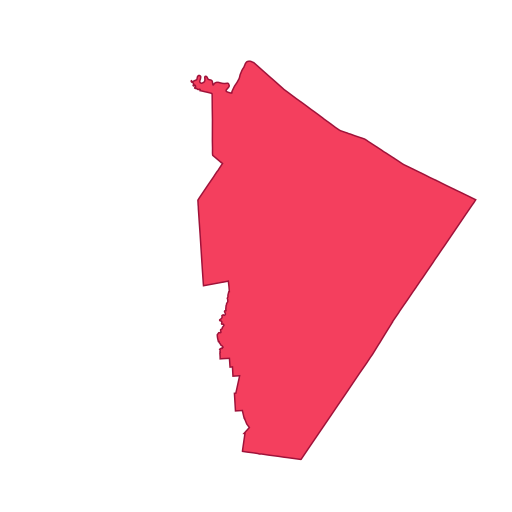 Ongkharak, Nakhon Nayok, Thailand (Mercator projection), rotated 214°
{"feature_id": "78962969B80179535824157", "entity_name": "Ongkharak", "entity_type": "district", "adm_level": 2, "iso_a3": "THA", "parent_name": "Thailand", "parent_adm1": "Nakhon Nayok", "projection": "mercator", "projection_center": [101.067, 14.102], "detail": "fine", "context": "isolated", "style": "filled", "palette": "rose", "viewbox_px": 512, "rotation_deg": 214, "n_neighbors": 0, "source": "geoboundaries", "source_scale": "gbopen_adm2", "svg_char_len": 5965}
<svg xmlns="http://www.w3.org/2000/svg" viewBox="0 0 512 512"><g transform="rotate(214 256 256)"><path d="M142.8,93.6L141.8,94.1L141.2,94.7L138.5,96.0L134.4,97.9L124.9,102.7L120.8,104.6L117.1,106.5L105.1,112.4L105.0,112.5L104.9,112.7L104.9,119.1L104.9,121.1L104.9,127.1L104.7,168.0L104.7,177.3L104.6,191.0L104.6,210.4L104.6,217.3L104.4,228.6L104.5,236.0L104.4,239.3L104.5,241.9L104.9,251.2L104.9,253.1L105.2,259.2L105.5,266.3L105.9,277.1L106.1,277.7L106.0,277.8L105.9,277.9L106.1,278.3L106.1,278.6L106.0,288.9L106.1,290.6L106.0,299.5L105.9,301.3L106.0,302.2L105.9,303.3L105.9,304.2L105.9,305.0L105.9,306.9L105.9,315.8L105.8,316.2L105.8,316.6L105.8,317.3L105.9,317.6L105.8,318.3L105.8,318.7L105.8,320.8L105.9,321.2L105.8,321.9L105.8,327.8L105.7,331.2L105.7,333.1L105.7,339.0L105.7,339.3L105.6,349.2L105.7,353.0L105.6,358.4L105.6,361.3L105.6,365.2L105.5,370.6L105.4,406.4L105.3,419.4L105.2,421.6L105.3,425.5L117.5,423.8L127.8,422.3L138.2,420.8L143.6,420.1L146.3,419.8L155.9,418.3L160.4,417.8L178.4,415.3L184.5,414.4L186.3,414.3L192.0,414.3L203.5,414.1L205.4,414.1L208.4,413.9L211.5,414.0L222.7,413.8L227.3,413.7L228.8,413.8L231.4,413.7L241.5,410.9L245.8,409.9L247.5,409.3L248.4,409.1L249.2,409.0L250.8,408.5L256.1,407.1L257.4,407.0L259.5,407.0L262.2,407.0L265.4,407.2L276.7,407.6L278.2,407.8L279.1,407.8L287.5,408.2L292.1,408.3L302.1,408.8L310.7,409.0L320.3,409.5L325.4,409.7L325.9,409.7L327.7,410.0L341.9,411.9L343.7,412.1L346.9,412.5L366.1,415.1L366.6,414.9L367.9,414.7L369.0,414.5L369.8,414.2L370.6,413.7L371.5,412.9L371.8,412.5L372.2,411.9L372.3,411.5L372.4,410.6L372.4,409.5L372.2,408.7L371.7,406.1L371.6,405.8L371.6,404.1L371.6,403.5L371.4,401.5L371.2,400.8L370.6,397.7L370.0,396.0L369.6,395.0L369.2,393.6L368.8,389.4L368.8,388.6L368.8,384.9L368.6,383.3L368.1,380.0L367.8,378.7L367.7,378.2L367.2,377.8L367.2,377.6L367.4,377.4L367.8,377.1L370.2,376.3L371.3,376.0L372.0,375.9L372.6,375.9L373.0,376.1L373.3,376.4L373.4,376.7L373.5,377.0L373.1,380.2L373.1,381.1L373.2,381.7L373.4,382.2L373.9,382.6L374.9,383.3L375.2,383.4L375.6,383.5L376.1,383.4L376.5,383.1L377.8,382.0L378.5,381.4L378.9,381.2L379.4,380.9L380.3,380.4L382.3,379.6L384.1,379.0L384.5,378.8L385.6,378.1L386.5,377.0L386.7,376.5L386.9,376.1L387.0,375.7L387.0,374.0L387.1,373.9L387.5,373.8L388.4,374.8L389.4,375.9L390.0,376.4L390.4,376.6L391.0,376.7L391.5,376.7L392.5,376.4L393.4,376.0L393.9,375.9L394.3,375.8L394.8,375.9L396.2,376.7L396.8,377.0L397.5,377.1L398.0,377.0L398.4,376.7L398.6,376.4L398.6,376.1L398.5,375.6L398.3,375.3L397.0,373.7L396.5,372.8L396.4,372.4L396.3,372.0L396.3,371.3L396.5,370.8L396.9,369.9L397.4,369.1L397.8,368.7L398.2,368.6L398.5,368.5L399.2,368.5L399.4,368.6L399.8,368.8L400.2,369.1L400.4,369.5L400.5,369.7L400.7,370.3L401.1,371.8L401.7,373.1L401.9,373.5L402.3,373.9L402.8,374.1L403.5,374.1L403.9,374.0L404.3,373.8L404.5,373.5L404.7,373.1L404.8,372.4L404.7,371.6L404.5,371.2L403.9,369.8L403.8,369.2L403.9,368.6L404.3,368.1L405.6,365.9L406.1,365.2L406.4,365.0L406.8,364.9L407.2,364.9L407.5,365.1L407.6,364.8L407.5,364.7L407.2,364.4L406.5,364.2L406.1,364.2L405.6,364.4L405.2,364.4L404.6,364.2L404.0,363.9L403.7,363.7L403.6,363.4L403.7,362.8L403.5,362.2L403.3,362.1L402.8,362.1L402.6,362.2L402.5,362.5L402.4,363.1L402.4,363.3L402.2,363.4L402.0,363.5L401.6,363.4L401.1,363.0L400.7,362.4L400.6,362.1L400.9,361.5L400.9,361.3L400.8,361.0L400.6,360.9L400.1,361.0L399.7,361.1L399.4,361.3L398.9,361.7L397.9,361.5L397.1,361.6L396.8,361.9L396.2,362.6L395.7,362.8L395.4,362.8L395.2,362.7L394.9,361.8L392.7,362.7L390.5,363.5L388.5,364.3L385.3,365.5L383.7,366.0L383.4,366.0L383.2,365.9L382.4,365.0L375.0,354.2L368.1,344.3L365.5,340.4L359.2,331.0L356.6,327.1L352.3,321.0L349.7,317.1L349.1,316.3L348.5,315.6L348.2,315.3L347.7,315.2L342.1,314.6L338.5,314.2L338.2,314.1L337.8,314.1L337.5,314.0L337.4,314.2L337.0,314.1L335.5,314.0L335.4,306.7L335.3,305.7L335.4,305.0L335.5,304.5L335.5,300.6L335.4,298.1L335.5,288.5L335.5,286.8L335.5,272.7L335.4,269.8L333.8,267.7L332.7,266.2L331.4,264.6L330.1,262.8L325.5,256.9L323.5,254.3L313.9,242.0L292.3,214.0L284.2,203.6L282.9,202.0L265.0,219.6L264.9,219.7L261.2,215.4L258.2,211.6L258.6,211.3L258.6,211.2L257.4,207.9L256.8,207.0L256.4,206.5L256.2,204.9L255.0,204.0L254.5,203.2L253.9,202.5L253.8,201.9L253.8,200.8L253.8,200.3L253.7,200.0L253.3,199.3L253.0,198.0L252.4,197.0L251.5,195.3L250.4,193.9L251.1,193.3L251.2,193.0L251.2,192.6L250.9,192.2L249.5,191.4L248.9,190.8L248.8,190.5L248.8,190.0L248.8,189.7L249.0,189.2L249.4,188.9L249.7,188.9L250.0,189.0L250.2,188.7L250.5,188.6L250.7,188.1L250.9,187.5L250.9,187.4L250.4,187.0L250.0,186.4L249.8,186.1L249.7,185.5L249.8,184.5L250.4,182.9L250.4,182.7L250.1,182.3L249.8,182.2L249.5,182.2L248.7,182.5L248.3,182.6L248.0,182.5L247.7,182.4L247.4,182.2L247.2,181.9L246.9,180.9L246.6,180.5L246.4,180.4L246.0,180.4L245.3,181.0L244.8,181.2L244.6,181.1L244.2,180.9L244.0,180.7L243.8,180.5L243.8,180.0L243.9,178.0L243.8,177.6L243.4,176.9L243.4,176.7L244.0,175.5L244.1,175.2L244.0,174.9L243.9,174.7L242.5,173.3L242.4,173.0L242.4,172.8L242.5,172.6L243.8,171.8L244.0,171.6L244.0,171.2L244.1,169.1L244.0,168.9L242.9,167.5L241.9,166.4L239.4,164.1L238.8,164.5L238.6,164.3L238.3,163.8L238.2,163.7L237.9,163.6L237.1,163.4L236.7,163.3L236.3,163.1L235.7,162.6L235.4,162.5L234.1,162.6L233.6,162.4L233.0,162.3L232.6,162.1L232.3,161.9L232.3,161.6L232.7,161.1L232.7,160.9L232.4,160.5L232.5,160.4L232.6,160.2L233.2,160.1L233.3,160.0L233.4,159.5L233.8,159.1L233.8,158.2L233.7,158.2L233.2,158.0L232.9,157.7L232.5,157.0L232.3,156.4L231.8,156.3L231.7,156.2L231.7,155.6L231.7,155.4L229.6,152.7L228.2,150.7L225.1,153.1L220.8,156.3L215.4,149.4L213.5,150.9L207.9,143.5L202.6,147.6L196.0,131.0L197.1,130.1L190.3,121.2L186.4,116.1L180.9,120.3L180.5,119.8L180.2,119.6L175.1,114.9L174.7,115.1L174.4,114.7L174.2,114.4L173.5,114.1L170.4,112.0L169.6,111.5L165.6,110.1L166.7,102.2L165.9,102.7L160.2,90.9L158.4,87.2L158.0,86.5L157.9,86.5L153.7,88.5L148.0,91.4L144.4,93.1L143.7,93.4L142.8,93.6Z" fill="#f43f5e" stroke="#9f1239" stroke-width="1.5"/></g></svg>